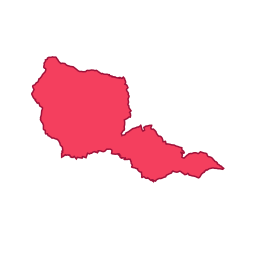 Baia De Cris, Hunedoara, Romania, rotated 107°
{"feature_id": "2599482B28262501709263", "entity_name": "Baia De Cris", "entity_type": "district", "adm_level": 2, "iso_a3": "ROU", "parent_name": "Romania", "parent_adm1": "Hunedoara", "projection": "equal_earth", "projection_center": [22.712, 46.205], "detail": "fine", "context": "isolated", "style": "filled", "palette": "rose", "viewbox_px": 256, "rotation_deg": 107, "n_neighbors": 0, "source": "geoboundaries", "source_scale": "gbopen_adm2", "svg_char_len": 5862}
<svg xmlns="http://www.w3.org/2000/svg" viewBox="0 0 256 256"><g transform="rotate(107 128 128)"><path d="M118.7,229.1L121.8,229.6L122.9,230.1L123.8,229.9L126.4,227.6L127.1,226.7L127.7,225.7L127.7,224.8L128.6,224.9L128.8,224.7L129.7,223.2L130.5,222.5L130.7,221.5L130.3,221.2L130.3,220.4L132.8,218.7L133.4,216.1L133.8,215.6L135.4,215.4L136.5,215.6L140.8,214.7L143.7,214.7L144.8,214.2L145.6,214.2L147.6,212.2L148.0,211.4L150.0,209.7L153.8,208.6L154.2,208.1L154.3,206.8L154.5,206.6L154.8,206.5L154.9,206.2L157.0,205.6L157.7,204.9L157.1,203.4L158.6,202.2L158.7,201.9L158.6,200.9L159.0,200.1L159.5,198.3L159.9,197.8L159.3,196.2L159.6,194.3L159.4,192.7L159.6,192.6L159.8,191.7L160.6,190.4L162.4,188.7L164.1,187.7L164.6,186.6L165.0,186.2L165.2,185.4L165.8,185.0L168.5,183.8L169.1,183.7L169.5,184.4L170.5,183.8L170.6,183.5L171.6,184.1L175.3,182.9L174.0,181.6L172.1,180.3L171.8,179.9L172.2,179.3L171.6,178.4L171.4,177.6L171.4,177.0L171.1,176.7L171.2,176.4L171.0,175.8L172.4,174.6L172.5,173.5L172.3,173.5L172.3,172.0L170.9,171.2L172.7,168.3L170.9,167.9L170.2,163.2L169.2,163.2L169.4,162.9L168.6,162.8L168.5,162.6L168.7,159.5L164.0,159.3L164.0,157.2L163.2,156.5L162.8,155.5L161.2,154.3L160.5,153.4L160.6,153.0L160.3,152.7L160.6,152.0L160.3,151.3L160.7,150.1L159.5,149.6L158.5,149.8L157.9,147.6L158.0,145.7L157.7,144.3L156.8,143.3L154.5,142.2L153.4,138.8L153.6,137.6L154.0,136.9L155.4,136.5L157.1,136.3L157.3,135.7L156.8,132.7L156.4,131.5L155.6,130.2L155.4,129.0L155.5,128.5L155.9,128.2L156.1,128.3L156.2,128.0L156.6,128.8L157.0,127.9L158.2,126.9L158.1,125.5L158.7,125.6L158.7,125.0L158.0,124.3L157.9,123.7L158.0,122.8L157.4,122.0L157.7,121.8L159.1,122.3L159.1,121.7L158.6,120.8L158.5,120.1L158.0,118.8L157.5,118.3L157.5,117.5L157.3,116.7L159.1,115.5L159.3,115.1L160.6,114.8L162.0,113.2L163.0,112.9L163.6,113.2L164.3,113.0L164.4,112.1L164.2,111.6L164.3,110.9L164.1,110.1L164.4,107.6L164.1,107.0L165.2,106.4L166.1,104.9L166.4,104.1L166.5,102.6L166.4,102.2L168.1,101.6L169.1,100.9L170.3,100.7L171.2,100.3L171.2,100.1L170.0,98.7L170.2,97.8L170.7,96.8L170.8,96.3L170.7,95.6L170.4,94.7L169.9,94.5L170.1,94.2L170.3,93.2L170.8,92.3L171.4,90.6L170.8,89.6L170.5,89.8L170.3,89.2L171.5,89.0L171.6,88.5L171.5,88.3L170.9,88.2L171.0,87.9L171.1,88.0L171.4,87.8L170.9,87.7L170.7,87.4L170.6,87.0L170.8,86.3L170.5,86.1L170.2,86.2L170.0,85.9L169.7,85.9L168.7,85.2L167.2,83.5L166.7,81.8L165.5,80.2L164.7,79.4L163.9,78.0L163.6,77.7L162.0,77.5L159.9,75.3L158.3,73.3L156.9,73.0L156.0,72.4L156.2,71.3L156.1,69.0L155.9,68.2L155.3,67.2L154.4,66.3L154.1,65.7L154.4,64.2L154.8,63.6L155.2,62.1L156.0,60.0L155.1,58.4L153.9,57.6L154.0,57.0L155.2,55.7L155.0,54.9L155.0,52.6L154.7,50.8L154.7,48.6L155.0,47.3L155.0,45.8L153.8,45.0L150.5,44.2L148.7,43.0L147.9,42.1L147.1,42.3L146.3,41.4L145.3,41.1L145.3,40.6L144.9,40.3L145.0,39.9L143.3,38.6L141.3,35.1L141.2,33.3L140.7,31.7L140.6,29.9L140.1,28.2L139.8,25.3L138.6,24.7L137.9,26.7L137.4,27.2L137.2,28.0L137.2,29.0L136.5,30.3L136.4,31.3L136.2,31.5L136.1,32.1L135.2,32.5L134.6,33.7L134.5,35.2L133.8,36.0L133.4,37.1L132.9,37.5L132.8,37.9L132.4,38.3L132.1,38.9L131.8,39.9L131.7,41.1L131.9,42.6L131.7,43.3L131.5,43.7L129.5,45.3L129.5,46.8L129.7,48.1L129.6,51.8L131.5,52.9L132.0,53.5L131.8,55.4L132.0,56.6L132.6,58.0L133.8,59.5L134.1,60.8L134.9,62.2L136.0,62.8L136.7,63.5L140.4,65.6L140.4,66.5L140.2,67.9L138.6,68.1L137.9,68.0L137.5,68.3L137.3,68.8L136.5,69.3L136.1,70.0L135.8,70.2L135.6,69.2L136.0,68.1L135.8,67.2L135.2,67.0L134.8,67.4L134.1,67.9L133.7,68.7L133.5,69.7L131.6,70.7L131.1,70.8L131.3,72.9L131.1,74.8L131.2,77.0L130.8,78.8L131.4,81.6L131.3,82.7L131.6,85.2L131.9,85.8L131.8,86.1L132.1,86.4L132.1,87.0L130.2,88.0L129.8,88.3L130.0,88.8L130.5,89.4L130.8,90.5L129.1,91.4L127.6,92.5L127.0,93.5L126.7,93.8L126.5,94.9L126.8,96.5L125.5,98.3L124.5,99.4L123.2,100.3L123.0,101.0L122.6,101.3L121.6,103.5L122.1,104.3L122.1,105.1L122.0,105.7L120.9,106.3L118.9,106.0L118.5,106.2L119.1,108.0L120.7,110.5L120.8,111.2L121.1,111.4L121.4,111.9L122.5,112.5L122.8,113.0L125.3,111.5L126.6,112.8L125.3,114.4L124.1,114.9L123.9,115.2L122.1,116.2L121.7,116.6L122.5,117.0L123.4,117.8L124.0,118.1L124.1,118.7L124.6,119.7L125.2,120.2L126.2,121.6L127.2,123.3L131.5,126.5L133.3,128.5L135.0,128.8L135.8,129.6L136.5,131.1L137.0,131.5L135.3,132.8L132.8,132.1L131.4,131.5L131.1,131.0L130.0,131.1L128.0,132.0L125.8,132.2L123.3,132.9L123.1,133.1L122.4,133.3L121.4,133.9L118.9,131.3L117.1,130.2L116.9,129.0L115.6,129.1L114.6,129.4L114.2,129.8L113.5,129.9L112.6,131.1L110.7,130.1L108.8,132.5L108.3,133.0L106.4,133.8L106.1,134.5L105.6,135.0L103.1,135.0L100.3,136.5L97.9,136.2L97.2,136.3L95.9,137.6L94.6,137.8L93.6,138.9L92.7,140.1L92.0,140.6L91.2,140.7L89.5,139.8L87.5,141.5L87.5,141.8L87.1,142.4L86.9,143.8L85.8,143.5L84.9,143.6L83.7,144.3L82.5,145.4L81.5,145.9L81.1,146.9L80.7,147.3L81.2,147.7L81.9,147.8L82.1,148.0L82.3,148.2L82.1,148.6L82.5,149.1L82.0,150.3L82.2,150.9L82.9,150.9L82.8,151.7L83.0,151.7L83.1,152.1L83.3,155.4L83.0,155.4L83.4,157.6L83.6,157.5L83.7,158.3L83.1,158.4L83.3,161.4L82.5,161.5L82.7,162.2L82.7,163.8L83.0,164.5L83.4,165.9L83.5,166.9L83.6,167.3L83.3,168.3L83.9,169.3L83.7,169.5L83.7,170.4L83.1,171.6L83.1,172.5L82.5,173.6L82.1,175.1L82.8,176.3L82.8,178.1L83.0,178.7L83.1,179.6L84.5,182.2L84.6,183.3L84.9,183.9L85.3,184.4L86.2,184.8L86.5,185.1L87.4,187.6L87.5,189.1L88.1,190.6L87.9,192.3L86.7,195.1L85.5,198.3L85.9,200.8L86.0,201.0L85.9,202.7L86.1,203.5L85.9,203.9L85.9,205.1L84.8,207.2L85.3,210.0L86.0,211.0L84.6,213.7L82.9,215.5L82.3,216.6L81.5,217.2L81.4,218.1L82.0,219.7L82.0,220.8L82.9,222.2L83.6,224.4L84.6,225.4L85.8,225.3L87.1,226.9L87.7,226.5L88.3,226.4L90.5,227.2L92.2,226.5L93.3,226.6L94.7,226.2L95.2,225.3L95.2,224.5L95.3,224.2L96.2,223.6L98.3,223.6L101.8,225.3L104.0,225.7L106.7,226.9L107.0,227.5L109.5,227.5L110.6,227.8L111.5,228.9L113.9,229.7L115.2,231.3L116.2,231.3L117.4,230.4L118.7,229.1Z" fill="#f43f5e" stroke="#9f1239" stroke-width="1.5"/></g></svg>